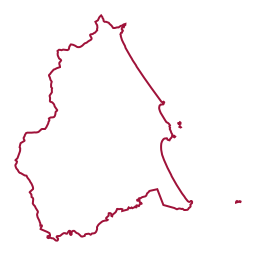 Phu My, Bình Định, Vietnam
{"feature_id": "81297802B75835306112543", "entity_name": "Phu My", "entity_type": "district", "adm_level": 2, "iso_a3": "VNM", "parent_name": "Vietnam", "parent_adm1": "Bình Định", "projection": "albers", "projection_center": [109.108, 14.245], "detail": "fine", "context": "isolated", "style": "outline", "palette": "rose", "viewbox_px": 256, "rotation_deg": 0, "n_neighbors": 0, "source": "geoboundaries", "source_scale": "gbopen_adm2", "svg_char_len": 5763}
<svg xmlns="http://www.w3.org/2000/svg" viewBox="0 0 256 256"><path d="M19.6,147.3L20.1,147.9L20.2,148.2L20.1,150.8L19.7,152.1L17.6,157.9L17.3,158.4L15.5,160.1L15.5,160.3L16.7,161.1L17.0,161.6L16.6,163.1L15.6,164.6L15.4,165.1L15.4,165.7L15.9,167.4L16.5,168.6L17.7,169.9L18.3,171.1L19.1,172.3L19.9,172.9L20.9,173.2L24.6,175.4L26.5,175.7L27.4,177.6L29.5,180.3L30.4,182.1L31.4,183.5L32.4,185.7L32.9,187.1L33.1,188.3L33.0,189.1L29.8,192.0L29.7,192.2L31.4,194.5L31.6,197.1L32.6,197.7L33.1,198.5L33.2,199.5L32.8,203.5L33.5,204.7L35.0,206.3L35.5,207.6L37.8,211.3L37.9,212.1L37.1,214.2L37.1,215.0L37.6,217.2L39.4,220.8L39.6,221.7L40.3,223.3L40.3,225.6L40.7,225.6L41.5,225.3L41.8,225.4L41.9,225.7L41.9,226.2L40.8,228.0L40.6,229.1L47.2,231.9L49.4,233.1L50.0,234.7L50.0,235.6L47.6,236.2L47.4,237.5L48.0,238.0L48.6,238.1L50.2,237.6L51.5,238.2L53.4,238.4L55.3,240.1L56.1,240.6L57.3,240.6L57.7,240.3L58.0,239.5L58.1,238.9L57.9,238.4L56.7,237.1L56.7,236.6L56.9,236.3L57.5,236.1L59.2,236.0L60.2,235.8L62.6,233.8L64.0,233.1L65.0,233.1L66.2,233.7L67.1,233.6L68.5,231.5L69.0,230.9L69.3,230.8L69.9,230.9L70.3,231.2L69.9,233.9L70.6,234.9L71.1,234.9L71.6,234.4L71.6,232.6L72.0,231.5L73.0,230.9L74.1,230.9L74.5,231.1L76.4,232.9L78.2,233.6L78.7,234.0L81.2,236.4L82.2,236.6L84.7,235.9L85.0,234.6L85.9,234.1L88.7,233.7L89.4,234.0L90.6,234.7L91.0,234.5L91.8,233.6L92.1,233.5L94.0,233.3L94.9,233.0L96.1,231.8L96.9,229.8L97.1,228.9L97.0,227.4L97.1,226.9L98.4,224.8L99.4,223.8L101.8,221.8L102.8,221.2L104.9,220.6L106.7,220.5L107.6,220.0L107.7,219.9L106.6,219.2L106.1,218.2L106.3,217.8L108.6,215.7L108.7,214.9L108.6,214.2L108.7,213.3L109.0,213.1L110.1,213.1L110.9,213.5L111.3,214.2L111.3,215.8L111.6,216.1L112.2,216.3L112.6,214.6L114.5,213.2L115.9,211.8L116.6,210.1L117.0,209.7L117.1,209.0L117.9,208.9L118.8,209.2L120.9,208.9L122.3,209.2L122.2,211.0L127.8,209.5L128.3,208.0L128.7,207.4L129.9,208.2L130.6,208.1L131.6,207.5L132.3,208.2L134.4,207.3L134.9,206.8L135.8,207.3L136.4,207.3L136.5,207.1L136.1,206.0L136.5,205.4L137.2,205.4L138.8,206.1L139.0,206.0L139.7,204.3L140.4,203.9L141.5,203.8L141.6,203.5L141.1,202.8L140.0,202.4L139.8,202.2L139.5,200.8L137.4,200.7L137.1,200.1L137.2,199.8L137.6,199.6L139.3,199.4L139.0,198.6L139.2,198.2L140.5,198.2L142.3,197.1L145.2,196.4L145.7,196.1L146.3,195.5L147.1,193.4L148.5,192.2L149.3,191.1L150.1,190.8L157.3,189.2L163.4,205.0L174.3,208.0L176.7,209.2L177.2,209.2L178.6,208.6L179.7,208.5L181.7,209.0L182.4,208.8L182.9,209.0L183.8,209.8L184.3,210.0L185.6,210.0L187.4,209.8L188.1,209.3L188.7,208.2L189.8,207.4L190.5,206.6L190.6,206.0L190.4,204.6L192.0,203.1L192.1,201.8L191.9,201.4L191.5,201.0L190.9,201.0L190.1,201.7L189.4,201.9L188.8,201.8L187.8,201.2L185.4,198.2L184.4,196.6L182.0,193.4L176.6,184.9L171.7,176.3L171.1,174.8L167.5,167.8L164.0,159.9L162.1,154.7L161.2,149.8L161.1,147.7L161.1,145.7L161.3,143.5L162.0,141.3L163.2,139.5L164.0,138.8L164.8,138.5L166.8,138.3L167.1,138.5L167.2,139.0L167.5,139.6L168.2,140.0L169.5,140.3L170.2,138.9L171.1,138.0L172.0,136.7L172.2,136.3L172.1,135.5L172.3,135.1L172.1,134.1L171.4,133.0L170.5,130.4L169.8,129.2L169.8,128.6L170.1,128.0L170.1,127.7L169.4,126.6L169.5,126.0L170.0,125.4L169.4,124.4L168.3,123.2L166.4,122.1L165.3,120.5L160.7,112.9L159.9,111.0L159.2,108.7L159.2,107.2L159.6,105.6L160.8,104.5L161.3,104.5L161.6,104.6L162.3,104.4L163.2,104.4L163.5,104.1L163.5,103.5L164.1,102.8L164.2,102.3L163.7,101.8L163.5,101.7L162.5,102.4L161.3,101.6L151.3,87.9L144.1,77.7L136.4,66.3L136.2,65.6L132.6,60.2L131.9,58.8L130.3,56.2L125.5,47.8L125.0,46.0L123.4,43.0L122.0,40.1L120.8,36.2L120.8,35.1L120.4,34.5L120.9,33.0L121.3,32.7L121.9,32.7L122.1,32.2L122.3,31.3L122.9,30.8L122.8,30.5L122.3,30.2L122.3,29.8L121.7,29.1L121.9,28.0L122.8,27.2L123.8,27.3L124.1,26.6L124.0,26.1L124.3,25.6L125.3,25.0L125.4,23.9L123.5,24.5L122.3,25.5L120.7,25.9L118.6,27.4L117.0,27.4L114.8,28.0L113.2,28.0L111.5,25.6L109.4,23.7L108.8,22.8L106.1,21.8L104.6,21.8L103.8,21.2L103.6,20.9L103.4,19.2L102.7,18.3L102.3,17.0L101.1,15.4L99.7,16.8L99.2,17.5L97.9,20.3L95.4,21.8L96.3,23.8L97.2,25.3L97.4,27.8L97.0,29.1L97.2,30.2L95.0,32.7L94.3,32.9L92.7,34.0L90.6,34.4L90.1,35.0L90.2,35.7L91.5,37.9L91.6,38.8L91.0,39.7L88.3,41.3L86.6,42.7L84.9,43.3L84.2,43.8L82.4,45.6L80.5,46.8L79.3,47.1L77.8,47.1L77.0,46.9L75.1,45.7L73.1,44.8L70.9,44.4L70.6,44.6L70.1,45.6L69.4,46.5L68.9,48.8L68.7,49.4L67.9,49.9L67.4,50.1L63.1,49.6L61.5,50.2L60.0,49.8L59.0,49.8L57.5,51.0L57.9,52.4L57.6,53.8L57.8,55.5L59.1,58.5L60.6,59.5L61.1,60.3L60.6,61.3L59.5,62.5L59.3,63.0L59.3,63.9L60.0,66.4L60.0,67.1L56.8,68.2L54.7,69.3L53.7,69.6L50.9,72.8L50.3,73.8L49.2,74.8L49.0,75.3L49.1,75.9L49.9,77.6L50.5,79.9L51.7,81.6L51.7,81.9L51.3,83.1L51.1,84.4L51.1,86.8L51.3,87.3L52.1,88.2L51.8,89.2L51.9,92.3L49.8,95.4L49.6,95.9L50.1,98.0L49.9,101.0L50.3,101.7L52.3,102.4L53.5,103.7L54.1,104.5L54.7,106.5L56.8,109.5L57.2,110.1L57.1,110.6L55.9,111.6L55.6,112.1L55.3,114.6L54.7,116.2L54.0,117.0L53.1,117.3L50.5,117.5L48.9,118.5L49.4,120.0L49.2,120.8L48.6,121.7L48.2,123.5L46.3,127.3L45.0,129.0L42.2,129.0L41.5,129.2L38.8,131.7L37.8,132.2L36.0,132.5L34.5,132.4L31.4,132.7L27.2,132.7L26.1,133.1L24.9,135.0L24.7,135.9L23.6,138.0L23.8,139.0L24.5,140.3L24.5,140.7L24.4,140.9L20.7,143.1L20.3,144.1L19.6,147.3ZM180.6,122.9L180.3,122.4L179.9,122.2L179.3,123.3L178.5,123.0L178.3,123.0L178.2,123.2L178.7,124.1L179.3,124.2L179.8,123.9L180.4,123.9L180.6,122.9ZM174.3,135.8L173.9,135.7L173.7,135.9L173.4,135.8L173.1,136.1L173.7,136.9L174.4,137.3L175.1,136.8L175.2,136.6L174.7,136.4L174.3,135.8ZM236.0,202.6L237.8,202.0L237.9,201.7L237.8,201.4L237.0,201.0L236.5,201.3L236.0,202.2L236.0,202.6ZM180.9,127.3L179.9,126.1L179.4,126.9L180.5,127.5L180.9,127.3ZM240.6,201.7L240.5,201.4L239.8,201.2L239.4,201.2L239.3,201.3L239.4,201.9L239.9,201.8L240.4,202.0L240.6,201.7Z" fill="none" stroke="#9f1239" stroke-width="2"/></svg>